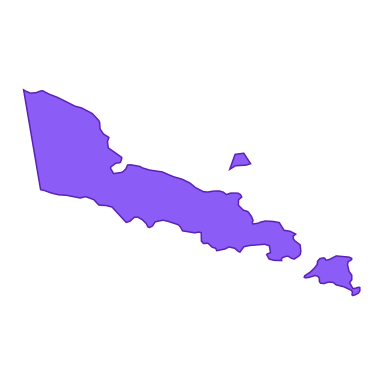 Door, Wisconsin, United States of America, rotated 80°
{"feature_id": "52423323B99024056145108", "entity_name": "Door", "entity_type": "district", "adm_level": 2, "iso_a3": "USA", "parent_name": "United States of America", "parent_adm1": "Wisconsin", "projection": "mercator", "projection_center": [-87.16, 45.052], "detail": "fine", "context": "isolated", "style": "filled", "palette": "violet", "viewbox_px": 384, "rotation_deg": 80, "n_neighbors": 0, "source": "geoboundaries", "source_scale": "gbopen_adm2", "svg_char_len": 2352}
<svg xmlns="http://www.w3.org/2000/svg" viewBox="0 0 384 384"><g transform="rotate(80 192 192)"><path d="M163.4,340.7L164.8,337.3L168.8,330.3L171.7,323.5L173.4,316.3L178.5,303.1L178.1,297.7L180.0,294.2L182.5,290.0L188.7,286.0L190.5,278.7L192.9,273.4L210.5,262.1L210.0,258.0L206.9,253.3L207.3,249.8L210.6,245.8L215.4,242.4L218.7,241.5L219.6,240.0L218.6,236.8L215.0,233.5L214.7,225.4L216.8,220.6L221.9,211.1L224.5,209.4L228.6,208.1L232.7,196.4L232.7,192.1L233.7,190.0L242.0,191.3L244.7,189.7L245.3,185.1L249.9,181.7L251.5,178.5L254.1,177.8L253.9,170.1L253.3,167.2L252.4,165.6L254.8,159.7L258.3,157.0L259.5,155.2L254.9,150.4L254.7,144.3L256.1,129.4L258.4,125.2L265.4,125.2L266.0,128.6L266.7,129.3L271.4,127.7L273.5,123.2L275.1,115.6L274.0,115.7L272.4,114.5L271.7,110.7L271.9,108.5L274.6,105.5L275.8,102.9L273.7,98.1L272.2,96.2L269.2,95.1L262.8,94.7L258.0,99.2L255.3,100.4L253.1,100.0L251.5,97.2L247.7,102.2L245.7,108.0L237.2,111.4L235.0,117.5L233.3,124.9L233.6,130.1L234.2,131.8L234.1,137.5L233.0,138.0L230.4,136.8L226.3,137.7L222.0,139.8L220.9,140.5L218.7,144.7L213.1,148.6L207.7,147.5L205.6,143.9L203.0,144.7L201.1,146.9L199.8,154.0L200.5,158.6L197.6,161.2L195.7,165.0L194.8,171.2L194.8,176.5L193.6,180.9L188.2,187.9L183.0,192.3L177.7,199.5L173.7,207.7L167.0,217.9L163.0,230.1L159.5,236.9L157.8,238.9L156.4,242.5L154.5,247.8L154.2,250.7L157.8,253.2L160.0,256.4L160.5,258.3L160.2,266.0L154.4,268.2L153.1,267.4L150.4,261.9L150.6,258.2L150.3,257.3L146.7,255.3L145.6,255.3L134.0,266.8L127.6,266.5L123.8,264.4L119.4,269.2L114.0,271.6L107.6,270.9L105.4,271.4L97.3,276.7L89.8,286.5L87.2,292.3L75.5,308.0L70.6,316.1L66.4,321.4L66.2,323.6L67.1,328.0L66.7,333.7L63.9,338.1L62.2,340.1L163.4,340.7ZM279.7,73.7L279.8,77.6L282.0,80.4L285.0,81.2L288.3,84.8L291.5,89.6L294.1,95.6L295.5,96.3L296.3,95.0L296.4,91.5L295.6,85.4L296.8,82.8L298.8,81.6L302.4,82.1L304.1,81.2L305.1,78.1L304.4,73.3L305.6,68.6L308.5,66.2L311.8,58.8L316.5,52.2L318.3,51.4L321.0,52.3L321.8,51.8L321.7,49.5L320.5,45.7L318.6,43.9L315.3,43.3L314.7,44.3L315.2,48.1L314.9,50.4L308.5,52.5L306.2,49.9L301.7,49.1L297.4,51.1L290.5,51.5L287.6,50.2L286.9,47.7L285.9,46.3L285.0,46.3L283.4,48.6L280.0,61.1L282.2,68.0L282.5,71.1L282.0,72.3L280.5,72.6L279.7,73.7ZM162.8,134.3L162.4,143.0L176.2,150.9L173.7,144.6L174.9,134.3L174.3,129.4L162.8,134.3Z" fill="#8b5cf6" stroke="#5b21b6" stroke-width="1.5"/></g></svg>